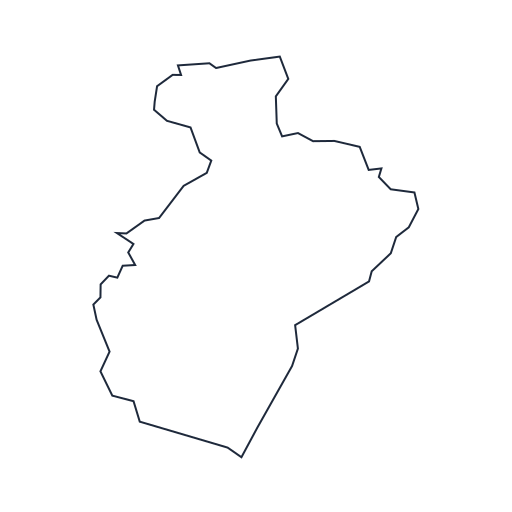 Carter, Kentucky, United States of America (Albers equal-area conic projection), rotated 101°
{"feature_id": "52423323B71495189407297", "entity_name": "Carter", "entity_type": "district", "adm_level": 2, "iso_a3": "USA", "parent_name": "United States of America", "parent_adm1": "Kentucky", "projection": "albers", "projection_center": [-83.1, 38.336], "detail": "fine", "context": "isolated", "style": "outline", "palette": "slate", "viewbox_px": 512, "rotation_deg": 101, "n_neighbors": 0, "source": "geoboundaries", "source_scale": "gbopen_adm2", "svg_char_len": 889}
<svg xmlns="http://www.w3.org/2000/svg" viewBox="0 0 512 512"><g transform="rotate(101 256 256)"><path d="M349.0,400.3L377.8,381.5L398.9,386.7L420.5,370.4L421.9,348.5L440.8,338.5L449.5,247.3L456.3,231.9L424.1,221.9L357.1,199.6L338.9,197.2L316.4,204.4L259.4,140.2L248.9,139.5L227.6,124.2L210.6,122.0L198.7,111.5L178.9,105.6L163.4,112.6L164.8,136.5L155.0,150.5L146.1,149.6L150.0,161.8L129.1,175.0L128.1,201.0L132.4,221.9L127.3,238.3L133.6,253.2L122.0,260.9L95.5,267.0L76.0,258.1L55.7,270.7L65.2,298.7L79.1,331.1L75.7,338.5L83.8,369.0L92.6,364.1L94.1,372.4L108.2,385.5L123.8,384.9L131.9,384.0L140.3,369.2L142.3,344.8L165.1,331.0L170.9,318.1L183.8,320.2L200.9,340.4L237.2,358.4L242.5,372.2L258.6,387.5L260.0,396.9L267.6,378.6L276.9,382.1L287.9,372.9L291.0,385.0L303.7,388.0L303.4,396.6L313.5,403.1L326.3,400.8L334.7,406.4L349.0,400.3Z" fill="none" stroke="#1e293b" stroke-width="2"/></g></svg>